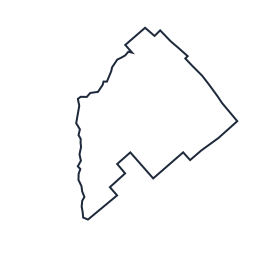 Ilópolis, Rio Grande do Sul, Brazil (Mercator projection), rotated 320°
{"feature_id": "56859067B77513058167029", "entity_name": "Ilópolis", "entity_type": "district", "adm_level": 2, "iso_a3": "BRA", "parent_name": "Brazil", "parent_adm1": "Rio Grande do Sul", "projection": "mercator", "projection_center": [-52.146, -28.929], "detail": "fine", "context": "isolated", "style": "outline", "palette": "slate", "viewbox_px": 256, "rotation_deg": 320, "n_neighbors": 0, "source": "geoboundaries", "source_scale": "gbopen_adm2", "svg_char_len": 885}
<svg xmlns="http://www.w3.org/2000/svg" viewBox="0 0 256 256"><g transform="rotate(320 128 128)"><path d="M205.5,62.2L179.3,62.6L179.6,72.9L177.3,69.8L172.5,70.6L168.0,69.8L163.7,68.7L154.8,71.3L151.7,73.7L141.7,78.9L139.1,76.7L136.3,78.7L128.2,81.0L121.6,76.9L116.4,77.7L111.8,73.7L108.3,73.5L104.9,79.7L91.4,91.0L90.3,98.1L85.5,101.7L84.8,105.9L82.2,108.8L79.8,112.4L73.9,117.0L70.9,122.8L64.9,125.1L65.1,128.8L60.7,131.4L56.7,135.9L55.0,142.6L52.1,147.2L50.3,152.8L46.2,154.3L42.0,158.4L39.2,163.3L36.1,167.8L38.5,172.4L76.3,172.6L76.1,161.7L96.6,160.9L96.6,148.6L114.1,148.2L114.4,161.1L114.9,182.8L121.4,182.7L154.6,182.1L154.8,188.3L155.0,192.5L169.7,192.3L190.9,193.8L216.1,193.0L216.1,169.1L217.0,161.3L218.0,146.2L218.4,135.5L217.2,121.8L216.6,111.6L219.9,111.3L218.1,99.0L216.4,89.0L215.4,73.9L207.5,74.5L205.5,62.2Z" fill="none" stroke="#1e293b" stroke-width="2"/></g></svg>